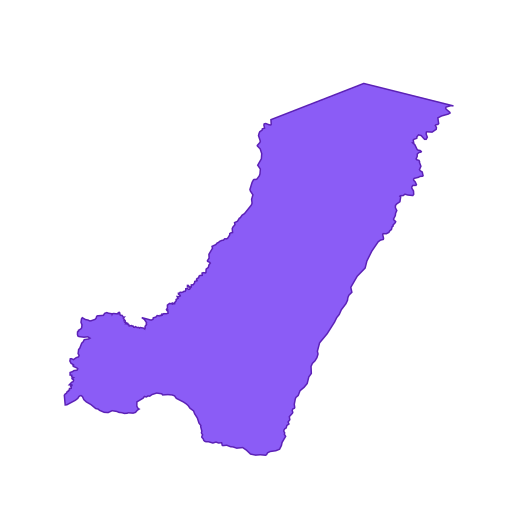 the district of Villavicencio, Meta, Colombia, rotated 284°
{"feature_id": "7082276B6983949832660", "entity_name": "Villavicencio", "entity_type": "district", "adm_level": 2, "iso_a3": "COL", "parent_name": "Colombia", "parent_adm1": "Meta", "projection": "equal_earth", "projection_center": [-73.572, 4.112], "detail": "fine", "context": "isolated", "style": "filled", "palette": "violet", "viewbox_px": 512, "rotation_deg": 284, "n_neighbors": 0, "source": "geoboundaries", "source_scale": "gbopen_adm2", "svg_char_len": 6052}
<svg xmlns="http://www.w3.org/2000/svg" viewBox="0 0 512 512"><g transform="rotate(284 256 256)"><path d="M79.2,179.6L79.5,178.5L81.4,176.7L85.6,175.7L90.8,180.9L92.7,181.7L92.7,183.7L94.1,185.1L94.3,186.8L96.4,188.6L99.0,192.8L99.5,197.9L98.6,199.0L100.2,204.0L100.9,208.2L100.6,210.8L98.6,213.1L96.8,220.9L95.6,224.2L94.5,226.3L92.3,228.8L90.6,232.9L88.1,234.6L84.6,238.3L80.1,241.1L78.2,243.5L77.0,243.6L73.0,245.8L71.2,245.8L69.5,247.5L68.0,247.1L67.0,247.3L65.9,248.9L64.4,250.0L63.8,251.2L63.7,252.4L64.3,254.9L64.1,259.4L65.8,262.2L65.5,264.9L66.5,267.8L64.1,269.1L64.0,269.7L65.3,273.4L64.8,277.4L65.2,279.9L64.9,283.8L66.9,289.4L65.3,293.7L62.5,298.6L62.7,303.8L64.2,308.2L65.0,313.5L65.8,314.3L67.8,314.8L69.7,317.0L71.9,322.4L74.2,325.6L78.2,326.5L81.4,326.4L88.2,328.4L89.8,326.7L91.4,326.6L92.6,325.4L93.6,325.2L95.3,325.7L96.5,326.9L99.0,326.9L101.0,328.6L102.7,327.3L105.3,328.4L108.2,327.2L112.3,329.4L113.3,329.5L114.7,328.5L115.7,328.6L116.6,328.8L117.6,330.1L118.4,330.2L121.4,329.0L126.8,328.7L128.4,328.9L130.9,330.7L135.9,331.3L140.2,334.4L144.6,336.5L151.5,336.5L155.4,338.1L162.2,336.1L165.5,336.7L168.6,338.6L172.1,339.7L175.9,339.9L178.4,338.6L187.1,338.7L197.7,343.8L210.9,348.2L215.7,349.2L219.4,350.9L224.5,351.8L231.5,354.8L235.2,355.5L237.8,355.2L240.4,355.6L244.0,357.8L248.4,355.6L249.1,355.7L260.9,359.1L270.7,364.8L278.0,364.8L288.8,367.2L299.3,371.1L301.5,372.9L302.9,375.5L304.0,375.5L307.3,373.8L308.4,373.9L309.1,377.0L311.0,379.2L313.0,379.8L314.4,381.0L317.3,381.0L318.2,381.8L319.2,381.5L322.1,383.1L323.2,383.2L324.4,381.0L325.1,380.5L328.8,381.4L331.3,381.1L334.2,381.6L336.5,379.6L338.7,379.1L340.4,379.8L343.5,382.5L348.2,382.1L348.8,381.1L349.5,381.6L350.2,384.1L352.0,385.6L351.9,388.6L352.6,393.5L354.0,394.1L357.2,393.1L359.6,390.7L361.0,390.5L362.4,391.1L363.2,394.1L364.1,394.4L366.5,392.5L367.6,390.7L368.6,390.3L369.6,390.7L371.7,394.7L372.8,395.7L373.7,398.3L374.3,398.7L377.7,397.0L378.5,394.6L379.4,393.7L383.0,394.3L386.3,392.0L387.3,391.8L388.2,391.0L388.3,388.7L388.9,387.9L391.7,388.3L393.9,387.8L395.8,389.0L396.7,390.9L397.4,391.1L398.1,389.6L397.9,387.8L398.3,386.6L402.5,383.1L403.7,380.7L404.1,381.6L406.5,380.5L407.5,381.1L409.1,383.5L410.7,383.3L412.9,384.4L412.8,387.2L410.0,391.3L410.4,392.9L412.7,393.5L415.5,391.6L417.4,391.3L417.9,391.9L418.8,396.9L422.5,400.2L424.3,400.0L426.0,398.4L426.9,398.9L427.7,400.7L428.7,401.2L434.0,399.0L436.8,402.2L440.2,408.2L441.7,409.7L442.3,409.3L444.5,404.9L445.4,404.2L446.5,404.4L449.0,408.7L449.4,411.3L449.5,318.8L391.9,237.5L387.5,238.9L386.7,238.6L386.5,237.0L386.9,233.4L386.2,232.0L384.9,232.0L382.1,233.4L380.9,231.4L379.7,231.5L377.5,229.6L375.7,229.3L373.4,229.3L368.5,232.4L367.0,232.3L363.6,230.5L363.0,230.8L361.0,234.1L356.7,236.8L351.6,237.7L344.5,235.7L341.4,239.2L336.6,240.0L334.5,239.8L331.1,238.4L330.4,237.8L329.8,235.6L329.2,235.1L326.5,234.4L319.1,234.0L317.6,234.9L314.6,238.2L310.0,238.0L306.3,239.4L304.4,239.2L294.4,234.6L292.2,232.6L289.3,231.5L288.7,230.7L285.2,229.6L283.2,227.1L281.3,228.0L278.5,226.6L276.8,226.3L273.1,227.6L272.5,226.2L271.4,225.1L270.1,225.4L266.6,224.3L265.6,223.5L265.1,221.4L263.5,220.6L262.9,219.1L261.4,217.2L259.9,216.2L259.3,215.2L257.4,214.3L254.7,211.0L253.0,211.9L246.3,209.9L242.6,211.0L239.8,210.0L239.1,210.3L238.6,212.7L238.0,213.4L236.1,212.5L233.4,212.5L231.2,210.8L227.9,211.4L227.4,211.2L227.1,208.9L226.4,207.8L224.2,208.5L223.6,206.4L222.7,205.6L221.0,205.6L219.9,204.3L219.1,203.9L217.8,204.8L216.5,202.7L215.1,202.9L213.0,202.1L212.3,200.2L210.3,200.7L210.0,198.9L211.1,197.3L210.9,196.6L209.6,196.9L209.6,198.8L208.9,200.0L207.7,199.6L207.3,198.7L207.9,197.1L207.3,195.8L205.8,196.1L204.5,195.7L204.2,194.5L203.4,193.9L202.6,192.5L202.5,191.2L201.5,190.7L201.1,189.7L200.2,190.0L199.5,192.0L199.0,192.2L197.9,191.0L197.6,189.3L196.0,190.6L194.5,189.0L193.3,189.4L191.2,188.4L190.0,188.6L189.7,187.3L189.1,186.7L189.2,186.2L190.1,186.3L189.1,184.8L189.1,183.6L186.9,181.9L184.0,182.7L182.6,182.1L182.3,183.3L181.5,182.8L181.1,183.9L179.2,184.5L178.3,183.0L177.7,180.4L176.9,179.7L177.0,178.8L176.4,178.7L175.8,179.2L175.4,178.7L175.3,177.5L174.9,177.5L174.5,176.7L174.3,174.5L172.5,173.6L171.2,171.3L169.7,171.4L168.4,169.8L168.6,160.1L167.4,163.1L164.7,166.0L163.4,165.9L162.9,166.4L161.0,165.4L159.2,165.9L158.9,165.3L158.3,165.5L158.8,164.0L158.6,161.0L157.9,160.5L158.3,159.3L157.8,158.0L158.3,156.1L157.4,155.5L157.3,154.6L158.2,153.9L157.9,152.9L158.3,152.7L158.4,151.9L157.4,149.9L158.5,149.3L158.5,148.5L159.0,148.5L158.8,146.2L159.7,147.0L160.0,144.9L160.5,145.2L161.7,144.6L161.5,143.8L162.0,144.0L163.5,142.4L164.7,142.9L164.4,142.3L166.0,140.3L165.7,139.2L166.0,138.3L167.9,137.5L168.2,136.9L167.7,136.8L167.6,136.1L166.5,136.1L166.6,135.5L166.2,135.0L165.8,131.9L165.3,130.7L164.5,130.5L165.1,130.2L164.8,126.6L165.0,124.9L163.7,123.0L161.5,122.3L159.6,116.6L158.9,116.0L156.9,115.9L155.6,115.2L153.1,111.4L152.8,110.0L153.2,108.7L153.1,105.8L154.1,102.4L152.9,101.9L149.4,102.2L147.1,103.8L144.1,104.2L142.8,103.6L140.9,101.7L140.1,102.0L139.2,101.2L136.8,101.7L135.3,102.5L135.0,103.7L135.6,108.7L136.9,112.2L136.1,114.8L135.0,113.7L133.3,109.6L131.0,109.1L129.3,108.0L123.9,107.3L122.4,106.5L118.2,107.0L116.8,108.4L115.2,108.2L113.8,106.1L111.3,104.0L111.7,101.8L111.4,100.7L109.1,100.8L107.1,102.5L106.3,105.3L105.8,105.5L105.2,105.0L104.7,105.5L104.1,109.2L103.4,110.4L101.8,109.9L100.8,107.1L99.5,106.0L98.0,103.8L95.5,104.4L95.7,106.1L94.2,106.3L93.8,108.4L92.7,107.1L92.1,107.6L91.9,108.8L91.1,109.1L89.8,108.9L88.9,107.7L86.0,106.1L86.4,107.5L86.3,108.7L85.7,108.7L84.9,107.6L84.2,108.4L82.9,108.7L82.3,107.1L80.9,107.4L80.2,106.5L79.4,106.7L78.7,105.6L77.0,105.3L76.0,104.3L74.5,103.7L65.3,106.9L65.9,108.5L72.3,115.6L74.7,117.5L76.9,118.2L78.0,119.3L78.2,120.3L77.5,121.7L75.0,123.7L73.4,126.6L71.9,131.8L69.2,137.4L69.3,139.7L68.4,141.6L67.6,146.5L68.3,150.4L71.1,153.8L71.5,158.5L71.1,160.9L71.5,163.8L71.4,166.4L72.2,168.9L73.0,170.1L73.8,174.8L75.1,176.9L77.7,178.2L79.2,179.6Z" fill="#8b5cf6" stroke="#5b21b6" stroke-width="1.5"/></g></svg>